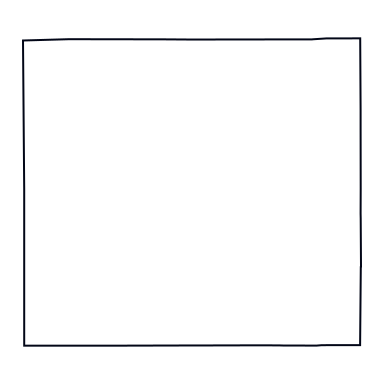 McHenry, Illinois, United States of America (Mercator projection)
{"feature_id": "52423323B91863423304632", "entity_name": "McHenry", "entity_type": "district", "adm_level": 2, "iso_a3": "USA", "parent_name": "United States of America", "parent_adm1": "Illinois", "projection": "mercator", "projection_center": [-88.357, 42.325], "detail": "fine", "context": "isolated", "style": "outline", "palette": "ink", "viewbox_px": 384, "rotation_deg": 0, "n_neighbors": 0, "source": "geoboundaries", "source_scale": "gbopen_adm2", "svg_char_len": 517}
<svg xmlns="http://www.w3.org/2000/svg" viewBox="0 0 384 384"><path d="M24.2,345.7L101.8,345.7L178.8,345.5L231.2,345.4L231.4,345.4L257.5,345.3L279.4,345.4L282.6,345.5L316.6,345.6L321.5,345.2L334.3,345.1L360.1,345.1L360.8,266.9L361.0,266.8L360.7,218.5L360.6,213.6L360.7,188.5L360.6,127.7L360.6,110.6L360.2,38.3L359.7,38.3L348.6,38.4L326.6,38.4L312.6,39.3L312.2,39.4L290.3,39.4L215.5,39.5L186.3,39.5L156.1,39.3L133.8,39.3L68.7,39.2L23.0,40.5L24.2,189.4L24.2,345.7Z" fill="none" stroke="#020617" stroke-width="2"/></svg>